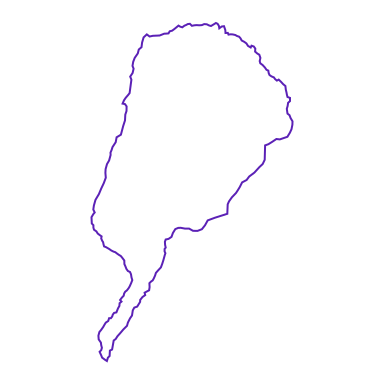 Vianópolis, Goiás, Brazil
{"feature_id": "56859067B48713716484545", "entity_name": "Vianópolis", "entity_type": "district", "adm_level": 2, "iso_a3": "BRA", "parent_name": "Brazil", "parent_adm1": "Goiás", "projection": "robinson", "projection_center": [-48.462, -16.878], "detail": "fine", "context": "isolated", "style": "outline", "palette": "violet", "viewbox_px": 384, "rotation_deg": 0, "n_neighbors": 0, "source": "geoboundaries", "source_scale": "gbopen_adm2", "svg_char_len": 3340}
<svg xmlns="http://www.w3.org/2000/svg" viewBox="0 0 384 384"><path d="M106.9,361.0L107.9,357.7L109.6,356.0L109.9,350.6L112.1,349.5L113.7,340.5L115.7,339.0L117.4,336.3L120.6,332.7L123.3,329.5L127.0,325.8L127.9,322.6L130.0,318.4L132.0,315.5L132.8,310.3L134.3,307.6L137.2,306.6L140.1,301.9L140.2,299.9L142.5,297.0L145.2,295.1L144.6,292.7L146.6,291.6L149.1,290.3L149.6,287.1L149.4,283.2L151.1,281.5L152.7,280.4L153.8,278.4L155.1,275.5L155.9,272.9L158.1,270.4L160.9,267.4L162.3,263.6L163.4,260.1L164.8,255.0L165.4,253.2L164.6,251.4L164.6,249.0L165.7,247.6L165.1,244.9L164.9,241.8L165.7,239.5L168.5,238.9L171.5,236.9L172.9,233.0L175.3,229.1L178.2,227.9L180.7,227.8L185.0,228.6L189.1,228.6L193.0,230.8L197.5,230.9L201.9,229.2L205.0,225.3L207.7,220.4L215.0,217.7L227.3,213.8L227.7,204.3L229.0,201.4L231.9,197.3L236.0,193.0L237.9,190.1L239.8,187.0L242.1,182.4L246.6,180.0L249.2,176.5L254.4,172.6L259.4,167.1L262.7,164.0L264.7,159.8L265.1,145.4L268.4,144.2L272.4,141.7L276.4,139.0L279.8,139.4L287.4,136.8L289.9,132.7L291.5,129.2L292.4,124.7L292.5,121.3L290.6,118.1L289.5,115.2L287.5,113.6L286.8,108.8L287.6,106.1L288.1,102.8L290.0,101.1L290.0,97.9L287.5,97.0L286.9,94.7L286.5,92.5L285.8,89.6L285.4,86.0L283.2,84.2L281.0,81.8L278.7,79.6L276.9,80.6L275.1,79.1L273.9,77.4L271.5,76.4L269.5,75.0L268.7,73.1L268.3,70.6L266.5,69.8L264.9,67.5L262.6,65.0L260.3,63.3L259.7,61.1L260.4,57.9L259.3,54.7L257.4,53.6L255.1,51.6L255.3,48.6L253.8,46.5L251.5,45.7L250.7,47.5L248.0,45.9L246.4,43.4L244.2,41.8L241.7,40.5L240.5,38.3L239.1,36.7L237.0,36.0L235.3,35.0L232.6,34.4L230.3,34.3L228.5,34.6L227.8,32.9L225.5,33.0L225.3,30.0L224.0,26.2L221.7,26.5L219.3,28.3L218.9,25.9L217.6,23.8L215.9,23.0L214.3,24.0L211.0,26.0L209.2,25.5L206.8,24.3L204.2,24.1L201.9,25.1L199.3,25.3L196.6,25.1L194.3,25.3L191.9,25.8L189.9,23.8L187.7,24.1L186.1,25.0L184.4,25.7L182.3,27.3L180.3,26.7L178.5,25.6L176.1,27.6L174.4,29.0L172.1,30.7L169.7,31.3L168.5,33.4L166.3,33.6L164.2,33.7L161.9,34.6L159.6,35.5L152.9,35.8L149.6,36.5L146.8,34.4L143.6,37.4L142.1,42.5L141.5,47.2L138.8,49.5L137.8,53.4L134.7,57.9L133.2,61.8L132.5,65.9L133.6,68.7L132.6,73.0L130.2,76.6L131.4,79.7L129.6,93.1L128.2,94.9L125.7,97.8L124.0,100.3L122.6,103.6L125.0,104.1L126.6,106.4L126.5,111.0L125.3,114.6L125.0,120.4L123.2,126.0L120.9,134.7L116.6,137.3L115.7,142.2L112.5,147.1L111.6,150.0L110.5,152.6L110.6,155.0L109.1,160.5L107.0,164.1L105.6,169.1L105.4,172.9L105.8,177.7L103.8,183.1L101.2,188.6L98.9,194.1L95.5,199.8L93.9,205.5L93.3,209.5L94.7,212.5L93.4,214.0L91.5,217.2L91.8,223.5L93.4,225.2L93.4,227.6L94.0,229.7L96.4,231.4L97.7,233.5L99.6,235.0L101.6,236.4L101.2,238.4L102.1,240.6L103.1,242.2L103.5,244.2L104.1,246.4L106.1,247.2L109.2,249.0L111.3,250.5L113.5,251.6L115.3,252.2L117.1,253.6L118.8,254.8L120.8,256.0L122.2,257.7L124.3,260.5L124.4,264.1L125.4,266.3L126.4,268.9L127.9,271.0L130.0,272.0L131.0,274.3L131.5,277.4L132.3,280.1L131.1,283.2L129.6,286.5L128.6,288.2L126.9,290.4L125.2,291.7L124.1,293.6L123.7,295.7L121.8,297.7L120.1,300.0L121.5,301.6L119.6,303.2L119.4,305.9L118.0,308.4L116.4,312.4L114.1,312.9L112.8,314.6L112.2,316.5L110.9,318.2L109.1,318.2L108.2,321.0L105.8,322.6L104.6,324.5L103.2,327.0L101.0,330.1L99.4,332.0L98.4,335.7L98.7,339.4L100.9,342.6L101.2,345.1L101.9,347.8L101.2,350.2L99.6,351.8L101.2,355.3L102.1,357.6L104.9,359.7L106.9,361.0Z" fill="none" stroke="#5b21b6" stroke-width="2"/></svg>